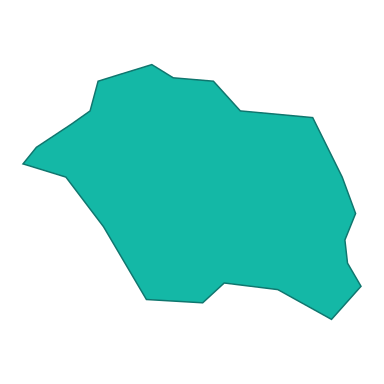 SVG path tracing the border of Żejtun
{"feature_id": "MLT-5961", "entity_name": "Żejtun", "entity_type": "state/province", "adm_level": 1, "iso_a3": "MLT", "parent_name": "Malta", "parent_adm1": "", "projection": "orthographic", "projection_center": [14.531, 35.854], "detail": "fine", "context": "isolated", "style": "filled", "palette": "teal", "viewbox_px": 384, "rotation_deg": 0, "n_neighbors": 0, "source": "natural_earth", "source_scale": "10m", "svg_char_len": 409}
<svg xmlns="http://www.w3.org/2000/svg" viewBox="0 0 384 384"><path d="M331.5,319.4L277.8,289.6L224.2,283.0L202.7,302.8L146.4,299.5L103.5,226.7L65.9,177.1L23.0,163.9L36.4,147.3L71.3,124.2L90.1,110.9L98.1,81.2L119.6,74.5L151.8,64.6L173.2,77.8L213.4,81.2L240.3,110.9L312.7,117.6L342.2,177.1L355.6,213.5L344.9,240.0L347.5,263.1L361.0,286.3L331.5,319.4Z" fill="#14b8a6" stroke="#0f766e" stroke-width="1.5"/></svg>